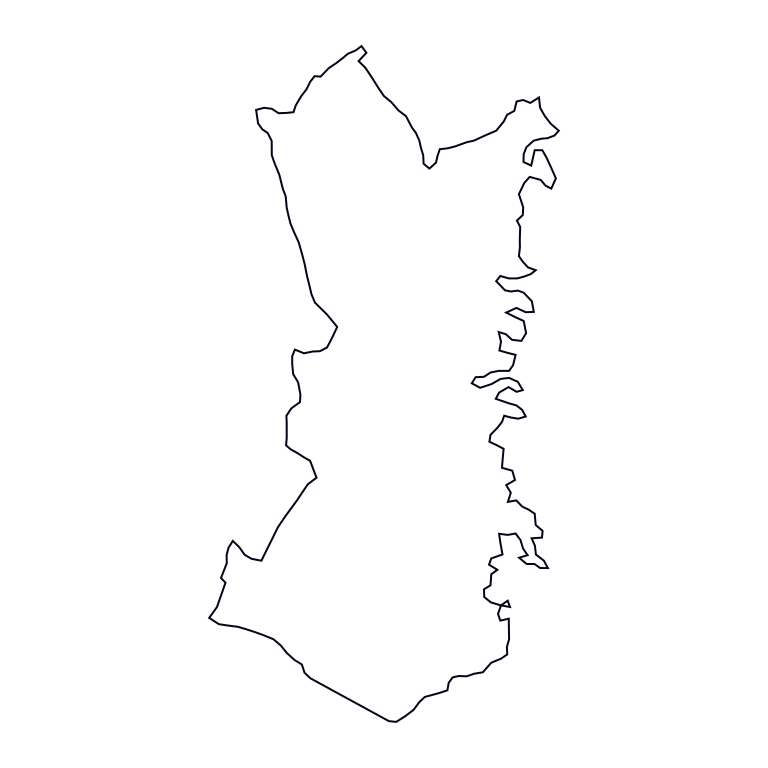 Redentora, Rio Grande do Sul, Brazil
{"feature_id": "56859067B65128822842334", "entity_name": "Redentora", "entity_type": "district", "adm_level": 2, "iso_a3": "BRA", "parent_name": "Brazil", "parent_adm1": "Rio Grande do Sul", "projection": "mercator", "projection_center": [-53.617, -27.564], "detail": "fine", "context": "isolated", "style": "outline", "palette": "ink", "viewbox_px": 768, "rotation_deg": 0, "n_neighbors": 0, "source": "geoboundaries", "source_scale": "gbopen_adm2", "svg_char_len": 3517}
<svg xmlns="http://www.w3.org/2000/svg" viewBox="0 0 768 768"><path d="M209.2,617.9L218.9,624.2L228.5,625.6L237.8,626.8L245.4,629.0L253.5,631.6L261.7,634.5L273.4,639.2L280.8,645.5L287.0,653.2L294.7,660.1L301.9,664.5L304.5,672.7L310.4,678.3L388.8,721.1L396.2,721.9L405.1,716.3L413.6,709.8L419.4,702.0L424.9,696.9L431.3,695.2L439.6,692.9L447.4,690.3L448.7,682.8L452.6,677.4L458.7,676.0L466.6,676.3L474.3,673.7L482.8,672.3L491.3,662.7L501.0,658.7L507.2,654.4L506.9,646.9L509.1,639.2L508.9,628.2L508.8,618.7L500.3,620.6L498.0,613.9L501.0,605.4L490.9,602.4L484.2,597.0L484.0,589.3L490.5,585.3L491.3,574.2L497.4,569.8L489.0,564.7L491.3,558.4L502.5,554.5L500.3,542.4L499.1,533.8L507.7,534.9L515.6,533.5L520.5,540.1L523.1,548.6L527.6,555.2L519.1,557.7L526.6,564.0L534.5,564.0L540.1,568.0L547.9,568.1L543.9,560.7L535.9,554.5L534.9,545.6L531.6,538.3L542.0,537.6L542.6,530.9L535.7,525.0L534.7,513.7L528.6,509.6L522.4,506.7L516.2,500.4L507.9,501.9L510.8,492.7L506.2,485.1L515.0,480.0L512.3,470.7L502.0,467.8L502.7,458.7L503.6,448.8L496.5,445.1L489.4,441.7L490.5,434.8L497.4,427.8L502.0,421.9L504.2,415.7L510.8,417.5L518.3,418.7L525.7,416.5L522.1,409.8L516.4,405.4L508.5,403.2L495.8,398.8L499.1,392.6L508.5,387.1L516.6,391.8L522.8,390.1L517.9,381.9L509.1,377.9L500.6,378.9L491.5,384.1L480.1,387.8L471.8,383.3L475.6,377.2L484.0,376.8L490.5,372.5L498.7,370.9L509.1,370.9L513.1,365.1L515.6,354.9L507.7,352.9L499.4,350.5L501.0,341.6L498.7,332.0L505.8,334.2L512.0,339.8L521.4,340.9L526.1,333.2L523.7,321.0L515.0,317.0L506.2,312.6L516.4,307.9L525.7,312.2L533.8,311.9L531.9,301.3L523.7,292.7L517.9,290.6L510.8,291.5L505.0,290.3L496.2,281.2L500.3,276.0L508.8,278.4L517.2,278.4L523.7,276.7L530.6,274.2L535.7,270.2L528.0,267.4L522.8,261.7L518.9,256.2L519.9,247.7L519.8,239.7L520.2,226.9L516.9,220.6L522.8,215.0L523.2,207.3L518.9,194.2L524.3,182.9L529.7,176.9L540.7,179.9L545.6,185.7L551.3,188.6L555.9,178.4L551.1,167.5L546.5,157.6L542.3,150.2L534.7,150.2L531.2,165.6L523.5,162.0L523.7,154.2L526.4,147.2L533.6,140.7L541.3,138.7L547.5,138.2L554.4,135.6L558.8,130.7L550.8,123.8L544.9,116.2L540.1,107.8L539.0,97.5L530.3,102.9L523.1,100.0L516.6,101.5L514.3,110.9L507.1,114.8L503.7,121.6L496.2,130.7L484.8,135.6L474.0,140.6L466.8,142.2L454.8,146.5L447.7,148.3L439.8,149.2L437.5,156.0L436.0,162.6L429.4,168.6L423.6,163.7L423.2,155.3L420.9,147.6L419.3,140.6L415.9,132.9L411.9,127.5L406.0,116.2L398.3,110.3L391.4,102.2L383.9,96.0L378.1,87.5L373.8,80.5L369.0,73.2L365.4,67.8L358.6,61.1L366.4,52.8L361.5,46.1L355.6,50.5L347.8,53.8L343.0,57.9L336.2,63.1L328.7,68.2L320.6,76.6L314.6,76.2L310.2,81.8L306.5,89.3L300.9,96.6L295.7,105.5L293.5,112.2L286.7,112.9L278.6,113.2L271.8,108.8L264.2,107.8L256.1,109.9L258.1,123.5L262.3,129.3L267.7,133.0L271.7,141.0L271.8,155.3L274.7,163.5L279.3,174.7L282.8,188.7L285.7,196.4L286.7,207.7L288.6,216.2L290.5,223.6L294.1,232.3L298.7,242.3L302.2,254.6L304.6,263.9L307.1,276.3L309.4,285.5L311.5,294.3L315.0,302.7L327.0,314.5L337.2,326.9L332.2,337.6L327.0,347.5L319.9,351.2L312.7,351.5L304.0,353.3L294.9,349.6L292.2,356.3L292.2,364.1L293.2,374.2L298.1,382.3L300.4,394.4L300.0,402.1L291.3,408.4L286.4,415.8L286.7,422.9L286.7,431.4L286.7,438.1L286.1,445.4L290.9,449.5L297.0,452.8L303.6,457.1L310.1,460.8L316.5,477.7L307.8,484.3L302.3,492.4L297.0,500.4L285.3,516.3L277.9,527.3L261.4,560.7L251.5,558.8L244.7,554.8L239.2,547.1L232.8,540.9L228.5,547.8L226.6,555.2L226.8,563.2L221.0,578.0L225.5,582.7L217.0,607.0L209.2,617.9ZM501.0,605.4L510.0,607.0L507.7,600.7L501.0,605.4Z" fill="none" stroke="#020617" stroke-width="2"/></svg>